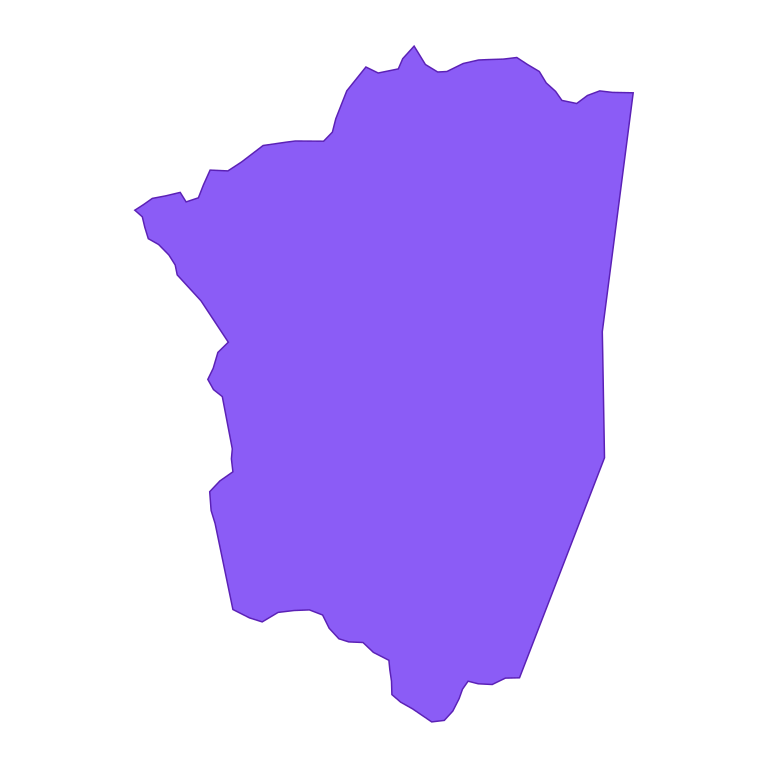 Ibateguara, Alagoas, Brazil (orthographic projection)
{"feature_id": "56859067B78855757359523", "entity_name": "Ibateguara", "entity_type": "district", "adm_level": 2, "iso_a3": "BRA", "parent_name": "Brazil", "parent_adm1": "Alagoas", "projection": "orthographic", "projection_center": [-35.915, -8.961], "detail": "fine", "context": "isolated", "style": "filled", "palette": "violet", "viewbox_px": 768, "rotation_deg": 0, "n_neighbors": 0, "source": "geoboundaries", "source_scale": "gbopen_adm2", "svg_char_len": 1250}
<svg xmlns="http://www.w3.org/2000/svg" viewBox="0 0 768 768"><path d="M576.7,103.5L561.9,100.4L555.6,91.4L546.2,82.9L539.3,71.5L527.5,64.5L516.8,57.5L503.4,59.1L487.7,59.6L478.5,60.0L463.2,63.5L446.9,71.5L437.7,72.0L425.4,64.5L414.1,46.1L402.7,58.7L398.3,68.9L378.2,73.0L365.9,67.0L346.8,90.8L335.8,118.7L332.4,132.1L323.6,141.2L295.3,141.0L285.9,142.2L263.1,145.5L241.5,162.0L227.9,170.9L210.1,170.1L203.4,185.0L198.4,197.8L186.1,201.9L180.2,192.4L165.5,195.9L152.3,198.4L143.8,204.4L134.8,210.2L142.3,216.8L144.8,227.3L148.3,238.7L158.6,244.5L168.9,255.0L175.2,265.0L177.2,274.9L200.9,300.7L228.3,342.2L217.9,352.4L213.2,368.3L207.8,379.4L213.5,389.6L222.3,396.6L232.3,448.9L231.4,458.8L232.9,471.8L219.9,480.9L209.7,491.7L211.1,510.5L215.1,523.5L232.9,609.5L249.5,617.9L262.2,621.9L278.1,612.4L294.1,610.5L309.4,609.9L322.6,615.0L329.2,628.3L338.9,638.8L348.7,641.9L363.0,642.5L373.4,652.4L388.9,660.3L389.8,669.6L391.5,681.2L391.9,694.6L400.7,702.2L412.6,708.9L422.3,715.5L431.7,721.9L444.3,720.4L452.8,711.1L459.1,698.7L462.5,689.2L468.1,681.2L478.2,683.8L492.2,684.5L505.4,678.1L519.5,677.8L604.5,457.8L602.7,352.4L602.3,331.7L633.2,92.8L612.5,92.4L599.7,90.9L587.4,95.5L576.7,103.5Z" fill="#8b5cf6" stroke="#5b21b6" stroke-width="1.5"/></svg>